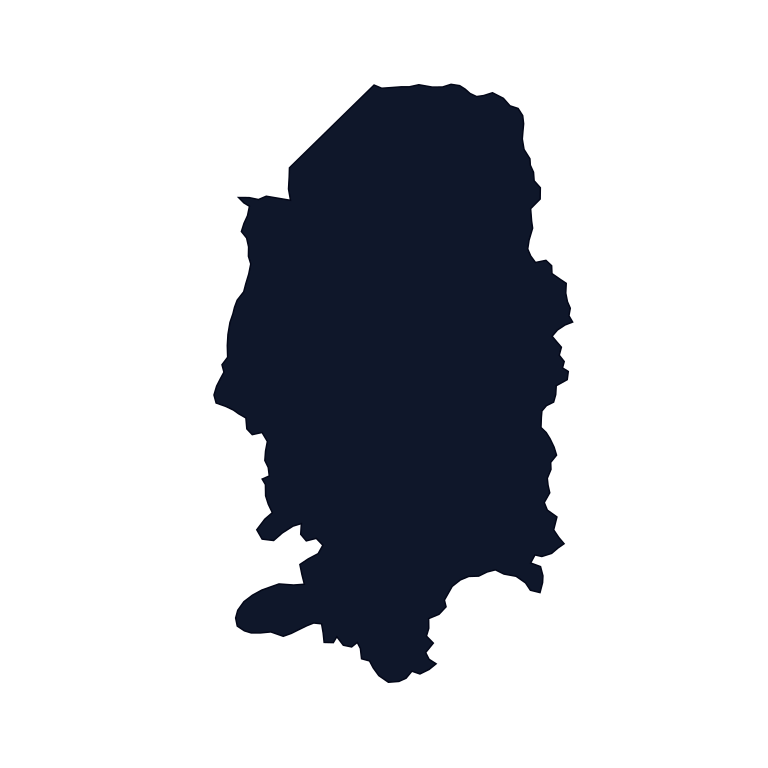 outline of Ibirapuitã, Rio Grande do Sul, Brazil, rotated 253°
{"feature_id": "56859067B64414910507042", "entity_name": "Ibirapuitã", "entity_type": "district", "adm_level": 2, "iso_a3": "BRA", "parent_name": "Brazil", "parent_adm1": "Rio Grande do Sul", "projection": "mercator", "projection_center": [-52.464, -28.617], "detail": "fine", "context": "isolated", "style": "filled", "palette": "ink", "viewbox_px": 768, "rotation_deg": 253, "n_neighbors": 0, "source": "geoboundaries", "source_scale": "gbopen_adm2", "svg_char_len": 2686}
<svg xmlns="http://www.w3.org/2000/svg" viewBox="0 0 768 768"><g transform="rotate(253 384 384)"><path d="M507.1,268.1L501.1,263.5L495.4,260.1L487.9,254.7L477.1,249.3L466.6,245.4L455.3,242.3L449.8,234.7L442.1,234.4L437.1,229.3L430.9,223.3L423.2,218.2L414.9,217.9L409.1,225.8L403.1,232.4L398.0,236.3L391.9,242.0L381.2,239.7L374.1,243.2L373.3,253.2L363.2,255.7L354.5,251.1L345.7,247.7L338.0,248.9L329.6,247.4L328.7,239.7L322.5,241.2L311.7,238.1L302.9,238.2L293.6,239.6L289.6,230.5L281.8,219.7L271.3,222.1L266.6,232.7L271.3,243.2L274.7,255.4L274.7,264.2L264.6,260.4L256.7,263.8L256.2,274.1L247.7,278.4L241.0,271.4L238.9,260.4L236.0,250.8L225.8,249.8L215.8,249.3L218.2,238.8L223.5,225.1L222.7,207.0L220.5,196.4L216.8,186.4L210.4,178.0L203.6,173.7L195.4,172.9L188.8,178.3L184.8,184.2L182.1,193.0L180.0,203.3L172.2,213.9L172.6,222.4L173.9,230.2L175.4,239.6L176.0,246.9L172.9,254.2L163.6,253.0L154.4,251.2L151.5,259.9L156.1,265.0L146.1,268.7L142.0,276.2L144.7,282.9L138.0,284.1L127.8,282.2L123.4,289.2L115.6,290.7L106.6,293.8L97.5,301.0L95.2,311.3L96.2,319.1L101.2,326.7L96.2,333.6L97.8,343.6L101.2,352.0L107.6,346.6L115.0,345.3L121.8,355.4L130.5,350.9L137.3,355.4L146.6,358.1L147.7,369.3L152.8,378.2L159.7,378.6L170.5,390.0L174.3,399.7L175.2,408.8L172.6,418.4L174.1,427.7L173.7,436.2L167.2,443.1L161.5,454.1L152.4,461.2L144.0,463.7L138.9,472.2L147.7,477.6L154.1,479.9L163.6,480.3L170.0,471.9L176.4,478.4L172.9,484.5L173.0,494.8L176.3,502.4L178.6,509.5L186.1,506.3L194.9,503.6L206.3,510.5L215.7,503.3L223.8,502.6L231.5,510.7L239.3,511.3L246.1,512.6L253.5,518.7L260.3,520.5L265.5,528.2L273.9,528.2L283.1,526.8L290.2,524.9L296.5,521.4L306.0,524.7L312.0,527.1L315.8,533.0L317.1,540.9L323.6,545.1L332.0,548.2L334.6,560.5L342.1,563.9L347.2,559.4L352.8,562.9L360.3,560.0L367.3,564.4L374.1,561.4L380.5,558.7L384.9,565.6L387.5,574.3L388.1,582.5L395.2,580.8L402.0,584.3L409.1,583.5L417.8,584.4L427.0,587.7L432.6,583.1L440.5,576.9L448.1,578.9L454.9,575.0L455.9,564.4L463.6,561.7L471.1,560.9L479.2,564.8L489.6,571.7L496.7,572.8L508.8,575.5L515.2,587.4L526.0,590.9L534.5,587.0L542.8,588.9L550.5,587.9L556.7,589.4L567.4,586.5L577.9,587.9L584.2,590.4L592.0,593.6L600.1,595.1L608.3,592.8L613.2,585.8L622.3,581.7L630.8,572.9L630.7,563.6L631.8,556.6L636.7,551.2L642.3,547.8L647.2,543.6L651.0,535.7L650.9,526.7L653.9,516.8L660.0,504.8L660.8,495.0L663.1,487.6L665.1,478.7L667.5,468.3L672.8,461.9L618.4,356.8L609.8,353.9L598.4,349.7L587.0,348.3L598.0,326.3L597.1,317.9L601.7,309.5L604.8,299.5L598.1,303.0L593.3,307.3L584.9,302.7L578.6,297.1L571.5,292.2L563.8,295.3L554.7,294.6L545.8,291.7L537.8,291.7L528.7,286.8L520.2,281.1L513.2,276.8L507.1,268.1Z" fill="#0f172a" stroke="#020617" stroke-width="1.5"/></g></svg>